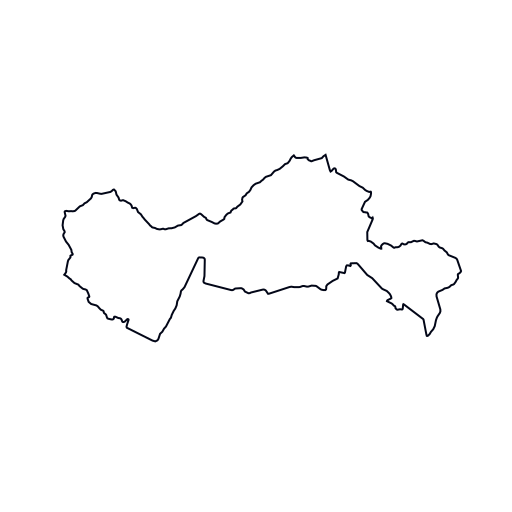 the border of Midlands, rotated 296°
{"feature_id": "ZWE-527", "entity_name": "Midlands", "entity_type": "Province", "adm_level": 1, "iso_a3": "ZWE", "parent_name": "Zimbabwe", "parent_adm1": "", "projection": "robinson", "projection_center": [29.518, -19.087], "detail": "fine", "context": "isolated", "style": "outline", "palette": "ink", "viewbox_px": 512, "rotation_deg": 296, "n_neighbors": 0, "source": "natural_earth", "source_scale": "10m", "svg_char_len": 6108}
<svg xmlns="http://www.w3.org/2000/svg" viewBox="0 0 512 512"><g transform="rotate(296 256 256)"><path d="M335.2,234.0L339.8,235.2L341.3,236.0L342.6,237.4L344.7,239.1L348.4,240.8L351.3,241.8L353.1,243.6L353.7,243.9L356.4,244.5L358.7,244.5L360.5,244.8L363.0,245.9L361.9,248.0L361.8,249.0L362.1,249.9L363.8,253.3L365.9,256.3L366.7,258.5L366.7,259.5L365.7,260.0L365.3,261.4L365.2,262.1L365.4,263.0L365.3,263.8L365.5,264.4L367.5,266.2L372.8,272.2L375.2,272.9L377.4,274.2L365.5,284.8L364.6,286.0L365.5,286.6L368.1,287.3L368.8,287.6L369.3,288.3L369.3,288.9L368.9,289.7L366.4,291.4L366.2,292.2L366.0,300.2L365.1,305.4L365.7,308.3L365.7,310.4L364.2,318.3L364.2,322.0L363.2,325.1L363.0,326.9L363.2,329.7L363.9,330.5L364.1,330.9L363.9,331.3L362.6,332.0L360.1,332.7L359.0,332.7L358.0,332.6L355.4,331.9L352.5,330.2L344.4,330.4L343.6,330.9L342.7,332.9L342.6,333.4L342.9,334.3L343.2,334.9L343.3,335.7L343.8,336.7L343.7,337.2L343.0,338.3L341.0,339.9L340.8,340.4L340.6,341.8L340.8,342.5L340.5,343.9L341.5,344.1L341.1,344.5L340.0,344.8L326.3,345.5L319.4,349.0L318.8,349.5L318.5,350.0L319.0,350.7L319.3,352.8L318.7,356.2L317.7,358.3L317.2,362.3L317.3,365.1L317.5,365.4L318.1,365.1L319.6,364.1L320.9,364.2L322.3,364.7L323.4,365.4L323.9,366.1L324.6,368.9L324.6,372.9L324.0,375.3L323.9,376.3L324.2,376.9L324.9,377.4L326.1,379.6L327.0,380.5L328.7,381.3L330.4,381.4L331.2,381.8L331.4,382.2L331.3,383.8L331.7,384.8L332.2,385.5L332.9,386.1L334.4,386.5L335.2,386.9L336.3,389.2L338.8,391.2L339.2,392.1L339.6,394.3L343.1,398.7L343.1,399.9L342.7,401.9L342.7,402.6L343.1,404.1L343.1,407.1L343.6,408.5L345.2,410.2L345.8,412.9L345.7,414.0L344.5,416.1L344.2,417.3L344.6,419.9L344.5,421.0L343.6,422.9L342.9,425.9L341.6,427.7L341.2,428.7L341.7,435.9L341.5,437.4L340.8,438.5L332.4,446.9L331.6,447.0L329.9,446.5L328.3,445.5L327.6,445.6L325.4,447.0L324.4,447.3L322.1,446.8L320.5,446.8L317.6,446.3L316.8,445.8L315.4,444.3L313.0,443.4L312.0,442.7L311.2,441.9L309.5,439.7L307.3,438.5L303.9,435.5L302.7,435.0L301.7,434.9L300.7,435.0L298.8,436.0L288.8,445.1L287.1,446.0L285.4,446.2L281.2,445.6L279.8,445.6L277.2,445.9L271.3,447.4L267.8,447.4L264.6,446.5L261.9,446.3L260.3,445.7L259.4,445.3L259.1,444.5L260.2,443.5L272.2,434.5L272.6,433.9L277.3,410.3L277.3,409.6L276.7,409.6L273.2,410.9L272.4,411.0L271.9,410.7L271.3,408.8L269.7,406.7L269.6,406.2L269.8,405.3L270.2,404.3L271.3,403.6L271.8,403.0L271.8,401.8L272.6,399.7L272.8,398.7L272.8,393.5L273.4,393.4L274.0,393.6L276.8,395.8L277.6,396.1L278.9,395.1L280.4,393.1L281.0,391.7L281.9,388.9L281.8,384.9L281.9,383.5L287.0,370.2L287.7,364.3L293.3,351.3L293.6,350.3L293.6,349.4L291.0,344.5L290.3,344.4L289.1,345.3L288.4,345.2L287.9,342.7L287.3,341.7L286.1,341.6L280.1,343.2L279.4,343.0L278.1,337.8L277.2,337.8L275.9,338.4L271.6,339.2L267.2,335.8L261.7,332.7L259.6,332.4L258.2,333.1L256.7,333.6L255.8,333.3L254.9,331.4L254.4,329.4L254.5,328.2L255.4,323.5L255.3,322.7L253.8,319.0L251.5,316.5L250.8,315.3L250.1,312.3L249.4,311.0L247.4,309.1L246.7,308.0L244.7,303.8L243.9,301.2L242.7,299.6L227.7,284.1L227.3,283.4L229.2,280.1L229.4,279.4L229.4,278.2L229.2,277.5L228.6,276.6L221.0,267.5L219.9,266.7L219.2,265.5L219.2,261.6L220.5,259.5L220.7,257.3L220.4,256.4L217.9,252.0L217.3,251.3L215.7,250.5L215.0,249.8L214.5,248.7L209.2,222.8L209.2,221.0L209.8,220.1L210.7,219.7L215.3,218.5L230.2,211.6L231.0,211.0L231.4,209.9L231.3,209.0L230.9,207.9L229.8,205.5L229.2,205.1L228.4,205.0L196.6,205.4L193.8,204.7L192.5,204.1L191.4,204.0L189.1,204.7L186.2,205.2L180.8,205.1L176.9,206.3L173.4,206.5L170.6,206.1L166.2,206.1L163.2,206.6L161.6,206.2L153.1,206.0L150.4,205.2L146.9,205.0L144.0,203.9L139.0,204.6L137.9,204.6L136.7,204.2L135.1,202.9L134.6,200.1L134.9,171.4L135.3,170.9L135.7,170.6L138.1,170.1L142.6,169.5L143.0,169.3L143.2,169.0L143.0,168.2L142.6,167.9L139.7,166.9L138.8,166.2L138.4,165.6L138.3,165.0L138.5,164.5L140.0,162.9L140.4,162.0L140.4,160.9L139.9,159.5L139.8,156.4L139.6,155.7L139.3,155.3L138.8,155.2L137.5,155.6L136.9,155.5L136.1,155.0L135.6,153.9L134.9,150.9L134.8,149.9L135.4,149.0L137.4,147.1L137.8,146.1L138.1,144.5L138.7,143.8L139.5,143.3L139.7,142.9L139.8,142.3L139.7,140.1L140.4,138.1L141.4,135.8L141.5,135.1L141.6,134.2L140.6,128.9L141.4,125.7L143.7,123.4L144.4,123.0L145.2,123.3L145.8,123.9L146.2,124.0L146.6,123.9L148.8,121.7L151.1,118.9L151.2,117.5L150.7,115.2L150.7,114.5L151.6,110.6L152.4,108.9L152.1,104.7L153.2,100.8L153.9,99.6L154.0,98.3L154.8,95.5L155.1,91.9L157.8,92.4L159.0,92.2L160.0,91.6L168.6,89.3L170.0,89.1L173.2,89.8L173.8,89.7L174.7,89.1L175.2,89.2L176.7,90.5L177.2,90.5L177.6,90.2L178.6,88.7L180.6,87.3L183.9,82.7L185.7,78.9L189.0,74.5L189.9,73.8L191.1,73.4L193.6,73.6L194.4,73.0L195.6,71.1L198.8,68.7L203.5,67.1L205.0,66.9L207.4,67.3L208.6,67.2L211.7,64.7L212.1,64.6L212.5,64.7L213.4,65.7L214.1,68.1L215.3,70.2L215.8,71.6L216.8,73.1L217.5,73.7L223.4,75.9L225.8,78.1L228.2,78.8L230.1,80.3L235.4,82.4L236.9,82.5L239.2,82.0L239.8,82.1L240.9,82.7L242.3,84.1L242.9,85.4L243.6,88.5L244.1,89.9L249.8,97.1L251.2,97.9L252.7,98.4L253.3,98.9L253.5,99.3L252.7,101.4L252.1,102.0L250.0,103.7L248.3,106.8L247.0,108.0L246.4,108.7L246.3,109.2L246.5,110.4L247.9,112.0L248.1,114.8L247.8,117.2L247.8,119.6L247.5,120.7L246.8,122.0L245.1,123.5L245.2,124.7L246.4,126.2L246.5,126.9L246.0,128.3L243.8,130.7L243.0,134.3L241.5,136.7L240.9,138.2L240.0,140.0L237.7,146.1L237.0,147.4L236.7,149.0L236.3,149.8L236.3,150.5L236.9,152.9L236.9,155.1L237.6,157.6L238.3,158.7L239.8,160.5L240.0,162.2L240.4,163.1L242.6,165.4L243.9,167.9L246.1,170.5L249.1,172.5L251.0,175.2L251.7,175.6L253.9,176.3L265.6,184.6L268.8,186.3L269.3,186.7L269.6,187.3L269.5,188.5L268.4,192.2L268.3,194.2L267.3,195.4L266.9,196.3L267.2,201.4L267.1,204.4L267.5,205.9L268.2,207.1L268.7,207.6L271.2,208.6L274.5,210.8L275.4,211.2L277.1,210.7L279.7,211.2L281.1,211.7L282.2,212.3L283.9,214.0L285.9,213.9L287.8,214.8L288.6,215.0L289.2,215.5L289.9,216.8L290.4,217.2L292.1,217.6L295.4,219.3L299.1,219.9L300.5,218.8L302.5,218.3L303.2,218.4L306.0,220.0L308.2,220.2L310.7,221.6L313.0,222.0L315.7,221.9L318.6,222.8L320.8,224.0L324.0,227.2L325.9,227.9L327.8,228.9L329.8,229.4L331.5,230.2L335.2,234.0Z" fill="none" stroke="#020617" stroke-width="2"/></g></svg>